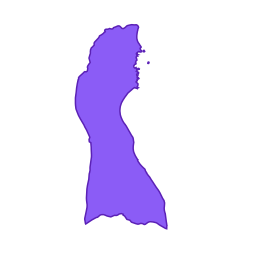 Radum, Shabwah, Yemen (Natural Earth projection), rotated 282°
{"feature_id": "15242507B54571430773522", "entity_name": "Radum", "entity_type": "district", "adm_level": 2, "iso_a3": "YEM", "parent_name": "Yemen", "parent_adm1": "Shabwah", "projection": "natural_earth1", "projection_center": [48.124, 13.978], "detail": "fine", "context": "isolated", "style": "filled", "palette": "violet", "viewbox_px": 256, "rotation_deg": 282, "n_neighbors": 0, "source": "geoboundaries", "source_scale": "gbopen_adm2", "svg_char_len": 5646}
<svg xmlns="http://www.w3.org/2000/svg" viewBox="0 0 256 256"><g transform="rotate(282 128 128)"><path d="M37.5,129.7L38.7,131.4L39.3,132.2L39.8,133.1L40.0,134.7L40.7,136.0L42.0,137.2L42.9,139.3L42.6,141.3L41.8,141.3L41.2,143.0L38.4,145.9L38.2,149.0L36.8,150.7L36.6,151.1L36.0,155.9L36.0,157.7L36.3,158.5L37.3,160.2L37.5,161.6L37.4,162.6L37.0,163.9L37.1,164.2L37.4,164.9L39.9,167.2L40.7,168.5L41.0,169.4L41.3,172.1L41.2,175.4L40.7,176.8L40.2,177.8L39.5,179.6L37.6,185.5L37.5,186.8L40.4,186.3L40.6,186.4L41.5,186.0L42.7,185.6L43.9,185.1L51.8,182.3L52.4,182.0L53.0,181.6L54.3,181.0L55.2,180.6L57.3,180.0L58.7,179.9L61.7,179.5L62.8,179.2L63.4,178.8L64.4,178.4L66.5,176.4L71.1,172.8L73.2,170.9L76.1,167.7L81.3,162.5L82.0,161.7L83.3,160.5L84.4,159.5L85.9,157.6L87.7,155.6L87.9,155.7L89.5,154.1L91.1,153.2L91.7,152.4L91.9,151.9L93.3,149.7L94.0,148.7L95.3,147.0L97.3,144.9L98.0,144.3L98.5,144.1L98.7,144.3L98.9,144.3L98.9,144.1L99.1,143.9L100.0,143.1L102.5,140.8L104.5,139.4L105.5,138.7L106.7,138.1L109.1,137.3L111.3,136.9L115.4,136.6L115.9,136.3L118.2,135.5L119.7,134.8L121.8,132.7L129.7,125.7L130.6,124.6L130.8,124.6L131.1,124.2L131.6,123.5L133.3,121.8L134.5,120.8L136.6,119.3L137.9,118.5L139.4,117.7L140.9,117.2L143.0,116.5L145.0,116.2L147.3,116.0L148.8,116.1L151.3,116.4L154.3,117.3L157.2,118.4L162.1,120.6L162.9,121.2L167.5,124.6L168.8,125.9L168.9,126.0L168.9,126.4L168.7,126.5L168.7,127.6L168.6,127.9L168.7,128.1L168.9,128.2L168.7,128.5L168.4,128.4L168.6,128.5L168.5,128.9L168.4,129.0L168.5,129.1L168.9,129.1L169.1,129.2L169.5,129.3L169.6,129.5L169.8,128.9L170.1,128.5L170.4,128.4L171.1,128.7L172.2,128.8L172.6,128.7L172.8,128.7L173.1,128.5L173.4,128.5L173.7,128.0L173.8,127.8L173.9,127.7L174.1,127.4L174.2,126.9L174.5,126.5L174.8,126.4L175.2,126.4L175.3,126.6L175.5,126.7L175.7,127.0L176.0,126.9L176.3,126.9L176.5,127.2L177.3,126.8L177.5,127.0L177.8,126.9L178.0,127.1L177.8,127.4L178.0,127.8L178.3,128.2L178.6,128.2L178.7,128.3L178.8,128.1L179.2,127.9L179.4,127.6L179.2,127.2L179.0,126.7L179.6,126.3L179.8,126.3L180.0,126.3L180.4,126.5L180.7,126.3L180.8,126.4L181.0,126.4L181.2,126.5L181.2,126.4L181.3,126.4L181.4,126.1L181.5,125.6L182.1,125.6L182.3,125.3L182.5,125.3L182.8,125.8L182.8,126.1L183.0,126.3L183.4,126.4L183.5,126.7L183.4,126.8L183.7,126.8L184.0,127.0L184.3,126.9L184.4,126.5L184.6,126.5L184.6,126.3L184.7,126.2L184.6,125.9L184.5,125.7L184.6,125.4L185.4,125.1L185.4,124.9L185.5,125.0L185.7,124.8L185.9,124.8L185.9,124.7L186.3,124.9L186.8,124.9L187.1,124.4L187.4,124.1L187.9,123.7L188.0,123.7L188.3,124.0L188.4,123.9L188.4,123.7L188.4,123.2L188.7,123.1L188.4,122.8L188.2,122.7L188.1,122.1L188.4,121.5L189.0,121.0L189.4,120.8L190.0,120.7L190.4,120.9L190.6,120.9L190.8,121.1L191.0,121.1L191.4,121.3L191.8,121.7L191.9,121.9L192.2,121.9L192.3,122.1L192.2,122.3L192.4,122.5L192.8,122.4L193.0,122.1L192.9,121.9L193.2,121.8L193.4,122.1L193.5,122.1L193.8,121.9L194.5,121.8L195.0,121.9L195.4,122.0L195.9,122.4L196.0,122.3L196.4,122.6L196.7,122.5L197.1,122.1L197.5,122.1L198.3,121.4L199.0,121.3L199.3,121.5L199.6,121.5L199.7,121.4L200.2,121.5L200.3,121.7L200.2,122.0L200.4,122.5L200.8,122.0L201.4,121.9L201.7,122.0L201.8,122.1L201.9,122.4L202.0,122.0L202.0,121.7L201.7,121.2L201.8,121.1L202.1,120.8L202.5,120.7L202.9,120.8L203.2,120.9L203.5,121.2L203.5,121.5L203.8,121.5L204.1,121.7L204.9,122.4L205.1,122.7L205.0,122.8L205.0,123.3L204.8,123.9L205.0,124.7L205.2,125.1L205.5,125.1L205.8,125.3L206.1,125.4L206.4,125.2L206.6,124.6L207.1,124.1L207.5,123.8L208.0,123.4L208.6,123.3L208.9,123.5L209.3,123.9L209.5,123.8L209.8,124.0L210.0,124.0L211.0,123.0L211.4,122.5L211.9,122.0L212.3,121.8L213.3,120.6L214.1,119.9L215.0,119.2L217.0,118.2L217.8,117.9L220.1,117.4L222.4,117.2L224.5,117.1L225.8,117.2L226.3,117.1L228.1,117.3L228.7,117.4L229.5,116.9L230.3,116.1L230.7,114.9L230.4,113.6L230.1,112.4L230.0,111.2L229.8,110.0L229.3,108.8L228.3,106.6L227.6,105.6L225.7,104.3L224.9,103.5L224.2,102.6L224.2,101.3L224.9,100.3L225.6,99.3L226.0,98.2L225.8,97.0L225.1,95.9L224.4,95.0L223.1,92.9L222.1,92.7L221.5,91.7L221.4,90.5L221.5,89.3L220.8,88.4L220.3,87.3L220.1,86.0L219.4,85.1L218.3,85.0L217.4,85.7L216.6,84.8L215.6,84.4L213.8,82.8L212.2,81.0L211.0,80.8L209.9,80.4L205.1,77.5L204.0,77.2L202.9,77.5L201.7,77.6L200.9,76.9L199.8,76.4L199.1,75.6L196.9,75.1L194.8,75.3L193.7,75.6L192.7,75.7L191.6,75.5L188.3,75.3L184.2,77.4L182.2,76.4L180.2,75.7L179.1,75.6L178.1,76.2L177.1,76.3L176.0,76.4L175.0,76.2L174.2,75.3L174.2,74.1L173.4,73.3L172.5,72.8L168.8,70.1L167.8,69.5L166.7,69.2L165.7,69.5L164.6,69.3L164.6,69.2L163.0,69.2L160.8,69.2L156.5,69.4L152.1,69.9L146.6,70.3L141.4,71.4L139.2,72.0L136.0,73.1L135.1,73.6L130.4,76.7L129.5,77.4L126.9,79.6L121.8,84.3L120.0,85.6L117.4,87.9L111.0,92.6L108.5,92.3L106.5,93.0L105.9,94.7L101.6,96.0L99.4,96.5L94.1,97.9L92.0,98.3L87.5,98.6L81.9,99.0L80.8,99.2L78.7,99.7L76.5,99.7L75.4,99.6L74.2,99.7L69.8,100.3L63.2,100.3L59.9,100.5L50.9,101.9L48.6,102.5L44.3,104.0L43.1,104.2L42.0,104.4L37.7,104.5L31.0,104.5L29.9,104.6L26.8,105.8L25.8,106.2L25.3,106.6L30.6,111.8L33.8,115.5L34.4,116.8L37.0,118.8L37.7,120.0L38.2,122.0L38.0,123.8L37.6,125.7L37.5,127.6L37.5,129.7ZM206.4,126.9L206.3,127.0L205.8,127.1L205.8,127.4L206.0,128.2L206.5,128.4L206.8,128.0L207.3,127.5L207.2,127.3L207.1,127.1L206.4,126.9ZM188.3,125.3L188.4,125.1L188.2,125.3L187.8,125.2L187.6,125.3L187.5,125.8L187.4,126.0L187.5,126.1L187.8,126.8L188.1,126.8L188.2,126.4L188.4,126.3L188.4,126.1L188.5,126.0L188.3,125.3ZM196.0,134.0L195.7,133.9L195.4,133.9L195.3,134.1L195.3,134.3L195.4,134.6L195.5,134.8L195.8,134.8L196.1,134.7L196.3,134.9L196.6,134.9L196.8,134.6L196.8,134.3L196.6,134.0L196.4,133.9L196.0,134.0Z" fill="#8b5cf6" stroke="#5b21b6" stroke-width="1.5"/></g></svg>